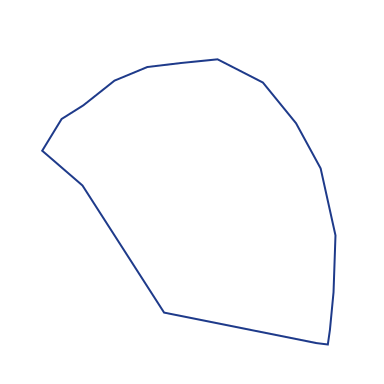 Namoya, Maniema, Democratic Republic of the Congo (Equal Earth projection), rotated 187°
{"feature_id": "63176286B36790783393673", "entity_name": "Namoya", "entity_type": "district", "adm_level": 2, "iso_a3": "COD", "parent_name": "Democratic Republic of the Congo", "parent_adm1": "Maniema", "projection": "equal_earth", "projection_center": [27.577, -4.011], "detail": "fine", "context": "isolated", "style": "outline", "palette": "blue", "viewbox_px": 384, "rotation_deg": 187, "n_neighbors": 0, "source": "geoboundaries", "source_scale": "gbopen_adm2", "svg_char_len": 371}
<svg xmlns="http://www.w3.org/2000/svg" viewBox="0 0 384 384"><g transform="rotate(187 192 192)"><path d="M345.7,214.7L301.5,185.1L205.0,68.9L50.3,57.2L38.6,57.2L38.3,72.0L39.3,109.7L44.3,166.4L67.2,231.1L97.1,272.9L135.0,309.3L182.8,326.8L218.7,318.7L251.6,310.6L282.5,293.1L310.4,264.8L330.3,248.6L345.7,214.7Z" fill="none" stroke="#1e3a8a" stroke-width="2"/></g></svg>